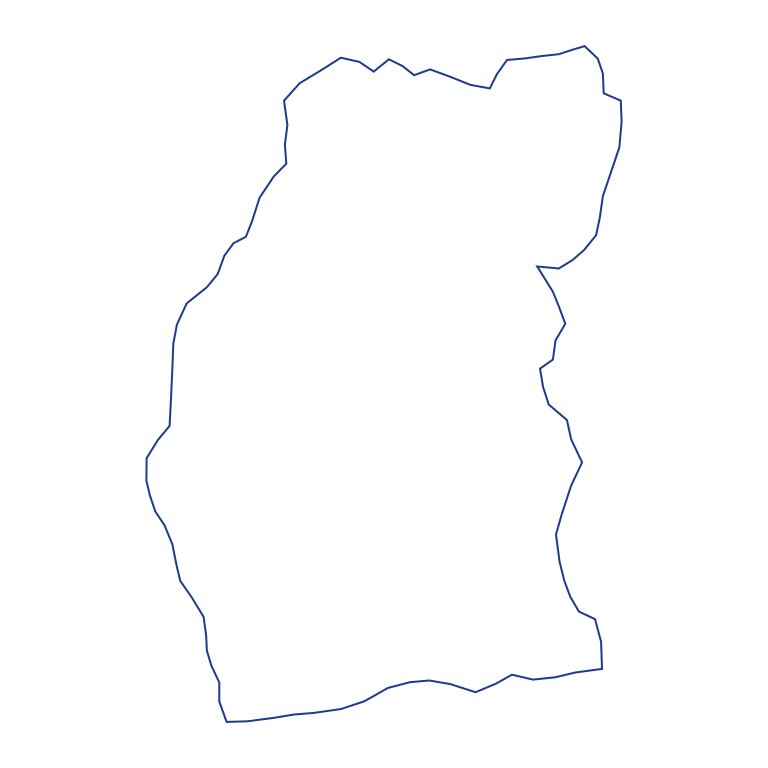 Igarapé, Minas Gerais, Brazil
{"feature_id": "56859067B24887316666263", "entity_name": "Igarapé", "entity_type": "district", "adm_level": 2, "iso_a3": "BRA", "parent_name": "Brazil", "parent_adm1": "Minas Gerais", "projection": "robinson", "projection_center": [-44.318, -20.058], "detail": "fine", "context": "isolated", "style": "outline", "palette": "blue", "viewbox_px": 768, "rotation_deg": 0, "n_neighbors": 0, "source": "geoboundaries", "source_scale": "gbopen_adm2", "svg_char_len": 1377}
<svg xmlns="http://www.w3.org/2000/svg" viewBox="0 0 768 768"><path d="M602.0,668.9L601.1,641.8L595.0,619.1L579.0,611.7L570.3,596.8L564.4,581.0L559.6,561.9L556.0,534.5L561.6,514.7L571.1,485.7L582.1,462.4L571.2,439.4L566.9,420.0L548.7,404.5L543.1,387.1L540.0,368.6L552.9,359.6L555.5,340.5L565.3,323.7L558.8,306.3L552.9,291.7L537.2,266.5L558.8,268.5L572.6,260.0L584.1,250.0L596.1,235.2L599.8,217.7L602.9,196.1L612.1,168.9L619.4,147.2L621.6,121.7L620.8,100.7L603.7,93.3L602.9,73.6L597.8,58.7L584.6,46.1L571.7,50.0L558.8,54.2L541.4,56.1L525.2,58.4L507.0,60.0L496.9,74.2L489.8,88.4L470.5,84.9L450.3,76.8L430.1,69.4L414.1,75.2L402.6,66.1L388.9,59.3L373.7,71.6L359.4,61.9L340.9,57.7L319.9,71.0L299.7,83.2L284.0,100.7L287.4,124.9L284.9,144.7L286.3,163.7L273.9,176.3L259.6,197.7L251.8,221.9L245.9,236.8L233.5,243.2L224.3,255.8L217.8,273.9L206.9,287.2L186.7,303.4L176.9,324.7L173.3,343.8L172.4,367.7L171.0,398.7L169.6,425.9L157.8,440.1L146.6,458.2L146.4,480.8L150.0,495.7L155.3,511.5L164.6,525.4L172.4,544.5L176.6,565.5L180.3,581.0L191.8,597.5L203.6,616.9L206.1,635.0L206.9,650.8L211.4,665.7L219.3,682.5L219.3,701.6L226.6,721.9L247.3,721.3L274.8,717.7L294.1,714.5L314.0,712.9L341.0,709.0L364.5,701.2L387.8,688.0L409.9,682.2L429.3,680.5L450.3,684.1L475.5,692.2L495.7,683.8L512.0,674.7L533.0,679.6L555.2,677.3L575.3,672.5L602.0,668.9Z" fill="none" stroke="#1e3a8a" stroke-width="2"/></svg>